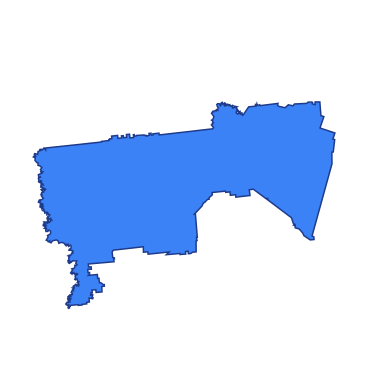 the district of Federation, New South Wales, Australia, rotated 75°
{"feature_id": "25037944B19057969948609", "entity_name": "Federation", "entity_type": "district", "adm_level": 2, "iso_a3": "AUS", "parent_name": "Australia", "parent_adm1": "New South Wales", "projection": "albers", "projection_center": [146.287, -35.462], "detail": "fine", "context": "isolated", "style": "filled", "palette": "blue", "viewbox_px": 384, "rotation_deg": 75, "n_neighbors": 0, "source": "geoboundaries", "source_scale": "gbopen_adm2", "svg_char_len": 6139}
<svg xmlns="http://www.w3.org/2000/svg" viewBox="0 0 384 384"><g transform="rotate(75 192 192)"><path d="M111.6,322.1L113.5,322.5L111.2,323.6L112.7,326.1L111.6,326.7L111.6,328.0L112.8,327.9L113.0,330.2L115.6,331.3L114.2,334.0L115.0,334.6L117.0,333.6L117.4,334.4L116.6,335.6L117.1,336.2L118.3,334.6L120.8,335.5L123.4,334.3L124.2,333.1L126.4,333.9L127.3,332.3L129.6,330.7L131.2,332.6L132.2,332.0L133.2,332.9L133.8,332.7L134.0,330.9L134.9,331.9L135.5,335.9L138.0,336.2L138.5,335.4L138.1,334.7L138.5,334.6L138.9,336.8L141.7,337.0L142.4,337.6L143.4,336.6L141.9,335.5L142.3,334.6L144.2,335.5L145.2,334.2L146.7,333.9L145.7,335.8L148.0,336.8L148.1,335.8L149.2,335.8L149.4,334.7L151.4,332.7L152.6,334.4L150.8,334.7L150.7,337.1L153.7,335.7L153.8,337.4L155.6,338.6L156.0,337.6L157.4,338.4L159.5,337.1L160.6,339.4L160.2,340.8L161.4,341.0L160.6,341.9L162.2,343.0L165.0,339.2L166.0,339.5L164.7,339.9L165.2,340.7L164.9,341.7L166.1,342.3L166.3,341.2L167.6,339.5L168.5,340.7L167.4,341.3L167.5,342.2L168.2,341.4L169.5,341.6L169.8,339.8L171.0,339.6L171.4,340.9L172.4,339.4L174.2,339.6L173.9,338.2L175.9,338.1L174.5,336.8L175.2,336.5L175.9,337.2L177.2,335.2L178.1,336.3L178.0,337.6L179.3,337.5L179.4,338.6L180.5,339.0L181.6,337.9L180.8,337.2L181.3,336.5L180.9,335.3L182.6,334.9L181.7,336.2L183.3,335.8L184.3,337.3L182.5,338.0L182.4,338.9L183.1,339.3L184.4,338.5L184.7,339.7L183.3,340.0L183.3,340.8L184.4,341.4L182.8,341.9L182.6,342.9L184.4,342.2L184.5,343.8L186.0,344.5L186.6,343.7L185.5,343.7L185.6,342.4L186.4,341.6L186.5,343.0L187.2,343.3L188.0,342.3L188.9,343.9L189.5,342.1L190.5,343.1L192.3,343.3L192.8,341.4L191.5,340.8L192.8,338.9L194.4,338.9L195.8,339.7L196.7,342.9L198.3,342.6L200.8,345.3L201.6,344.2L202.9,343.7L202.3,342.1L203.6,342.4L204.6,341.3L203.0,339.4L203.2,335.4L204.6,334.0L207.1,333.9L206.8,331.6L207.9,329.1L210.6,327.9L209.9,327.2L210.5,326.6L210.4,325.6L211.4,326.5L211.3,325.2L212.6,325.1L211.8,323.2L212.8,322.7L215.1,323.5L215.6,325.4L216.4,325.9L217.3,323.0L218.8,322.3L219.1,323.4L220.4,323.1L220.4,324.4L222.0,325.9L221.2,326.9L221.5,328.0L222.0,327.1L222.7,327.9L223.5,327.5L224.0,328.2L225.6,328.3L226.1,329.6L228.3,329.7L229.2,329.0L228.8,327.7L227.9,328.5L226.8,328.2L228.5,326.7L227.6,325.1L228.7,321.2L230.9,322.8L232.5,321.9L233.0,322.8L232.5,324.2L233.8,324.3L235.2,325.8L235.1,328.0L236.3,327.5L238.8,330.2L240.1,329.3L239.0,328.9L238.9,328.4L239.9,328.0L239.3,326.9L240.8,326.7L240.8,324.6L241.6,323.7L242.2,324.5L241.5,325.0L241.5,326.1L242.5,325.7L242.9,326.7L244.5,326.6L246.0,327.9L246.7,327.3L246.1,325.6L248.4,325.5L249.3,324.6L249.7,325.9L250.2,325.2L251.0,325.6L252.1,325.1L253.4,325.9L251.7,327.0L252.8,327.6L251.1,328.6L252.2,329.8L252.1,330.9L252.7,331.3L253.6,330.5L254.1,331.0L253.9,332.1L254.9,331.2L255.3,332.2L256.5,332.1L255.9,333.1L257.9,334.7L258.4,334.4L258.3,333.3L258.8,334.2L260.1,334.2L259.9,335.8L261.7,336.0L261.6,336.8L260.0,337.0L260.5,337.9L261.6,337.8L261.2,339.0L262.4,339.0L263.0,339.8L264.2,339.5L263.2,337.7L263.8,336.8L264.4,338.9L265.1,337.9L266.6,338.4L265.2,339.7L266.7,339.9L266.2,341.2L267.4,342.8L268.2,342.8L269.4,341.2L268.3,340.1L271.8,341.7L272.5,341.2L272.2,340.3L270.8,340.0L270.9,339.1L270.0,338.8L271.4,331.0L272.1,331.1L272.7,327.4L272.1,327.3L272.8,322.6L271.3,322.3L271.7,319.6L267.8,318.9L269.4,315.5L268.6,315.0L268.2,315.9L265.5,314.5L265.1,315.4L265.9,315.8L265.5,316.7L263.2,315.6L263.6,314.4L260.8,314.0L261.5,310.2L264.2,310.6L265.2,304.8L259.9,303.6L260.3,301.0L258.7,300.7L258.5,301.6L255.9,303.7L255.7,304.9L251.2,304.2L251.0,305.5L247.2,304.8L245.7,313.7L244.7,312.1L243.2,311.8L243.0,313.3L239.7,312.7L240.5,309.2L238.2,308.8L237.6,311.3L234.7,310.8L239.2,285.4L236.3,284.8L236.4,284.2L235.5,284.1L234.8,285.5L229.4,284.7L227.8,283.1L232.3,253.2L237.6,254.5L238.3,250.2L240.7,250.5L244.0,229.7L245.9,233.0L248.3,219.5L249.3,219.7L250.3,214.1L247.9,213.7L248.2,211.1L250.7,211.5L251.1,209.3L250.3,207.0L250.9,203.5L241.4,201.0L240.1,200.5L240.2,199.7L237.0,199.5L237.1,198.6L214.2,194.4L214.0,195.4L208.2,186.1L205.6,183.8L205.4,182.5L203.1,178.8L203.4,177.3L202.0,177.1L200.0,173.1L197.7,172.7L199.8,159.6L201.1,159.5L201.7,155.3L205.1,155.8L205.9,150.6L208.3,151.0L210.4,136.9L204.6,136.1L205.2,132.0L217.5,122.3L217.8,120.5L218.6,120.6L218.4,121.5L242.6,102.6L248.4,102.3L249.4,101.7L250.1,102.3L250.0,101.3L250.9,101.5L250.9,100.9L253.3,101.6L255.5,98.0L260.5,95.6L263.1,95.2L268.9,90.2L269.5,86.4L266.8,85.9L265.5,87.4L201.0,49.5L189.7,46.6L189.9,45.2L178.3,40.6L177.3,42.2L172.0,38.7L163.3,51.8L153.3,45.1L151.6,47.7L138.1,45.2L136.9,49.8L139.5,50.5L137.9,53.1L136.8,52.4L136.2,52.8L135.2,56.5L136.1,58.2L133.5,70.3L134.9,72.1L132.7,76.4L134.7,80.3L131.4,86.5L130.1,86.8L128.7,86.0L126.2,103.9L125.3,104.0L125.4,105.4L124.7,106.4L123.7,106.5L125.4,107.3L124.1,108.1L125.5,108.7L124.4,115.2L130.8,122.6L130.9,123.4L128.5,123.3L128.5,124.8L129.2,125.0L128.6,125.5L126.6,124.7L126.7,125.9L128.6,127.4L127.6,128.6L126.2,128.7L125.6,126.2L124.4,126.8L124.7,127.4L123.7,127.4L123.7,126.9L121.5,127.6L121.3,126.5L120.2,128.5L121.3,129.2L121.5,130.8L120.3,131.1L119.4,129.9L118.8,130.3L119.2,132.2L118.3,132.7L118.1,133.7L117.4,133.1L117.1,135.5L116.5,135.2L116.6,135.9L117.4,136.5L117.3,137.8L115.4,136.6L114.8,137.2L115.5,138.0L114.5,137.7L115.0,139.3L113.9,139.5L114.5,139.9L113.4,140.5L114.6,141.6L115.4,141.3L116.0,142.3L113.9,142.6L113.3,144.3L113.9,145.4L116.3,145.4L117.5,144.7L118.9,146.0L119.7,146.0L119.2,146.7L119.6,147.1L118.9,147.2L119.7,148.7L119.4,149.7L120.2,150.2L119.5,151.0L121.0,152.8L124.8,151.3L127.2,153.0L127.7,154.5L128.9,153.5L130.3,154.1L130.8,153.6L131.4,154.9L132.1,154.8L132.3,155.9L135.2,154.5L136.3,155.7L128.4,208.9L126.6,208.7L125.7,214.7L126.8,214.9L126.5,216.7L124.6,216.4L124.3,218.4L126.2,218.7L126.2,221.6L125.5,221.5L124.9,223.6L124.5,223.6L123.0,231.0L123.4,231.5L123.1,233.2L121.6,232.9L121.5,233.8L124.3,234.3L123.7,237.9L120.0,237.4L119.5,240.5L122.3,241.0L121.9,244.0L119.8,243.8L119.5,245.6L121.6,245.9L121.4,247.2L121.0,249.7L118.1,249.2L117.2,255.2L119.7,255.6L119.4,257.7L119.9,257.8L119.8,258.7L120.8,258.9L119.7,266.3L120.3,266.4L111.6,322.1Z" fill="#3b82f6" stroke="#1e3a8a" stroke-width="1.5"/></g></svg>